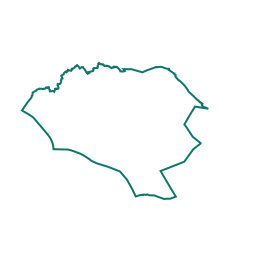 outline of Stange nor, Hedmark, Norway, rotated 325°
{"feature_id": "86288312B89753737771336", "entity_name": "Stange nor", "entity_type": "district", "adm_level": 2, "iso_a3": "NOR", "parent_name": "Norway", "parent_adm1": "Hedmark", "projection": "orthographic", "projection_center": [11.491, 60.626], "detail": "fine", "context": "isolated", "style": "outline", "palette": "teal", "viewbox_px": 256, "rotation_deg": 325, "n_neighbors": 0, "source": "geoboundaries", "source_scale": "gbopen_adm2", "svg_char_len": 5149}
<svg xmlns="http://www.w3.org/2000/svg" viewBox="0 0 256 256"><g transform="rotate(325 128 128)"><path d="M104.8,46.9L103.5,46.8L103.3,47.0L103.4,47.3L103.2,47.5L103.2,48.3L102.7,50.0L101.3,49.7L100.8,50.4L100.1,50.8L100.1,51.3L99.0,52.2L98.5,52.4L98.6,52.6L98.0,52.9L96.6,52.6L96.3,52.4L95.7,51.6L95.4,51.8L94.7,52.8L94.7,53.2L94.7,53.5L94.6,53.8L94.6,54.0L94.4,54.6L94.2,55.3L93.7,55.6L93.1,55.8L92.7,55.7L92.4,55.1L92.1,54.8L91.7,55.0L91.3,54.6L90.9,54.3L90.9,54.1L90.7,54.0L90.3,54.4L90.2,54.6L89.6,55.2L88.3,56.0L88.1,55.4L87.9,54.9L87.7,54.5L87.3,54.2L86.4,54.0L85.0,53.2L85.2,52.8L85.5,52.4L85.8,52.1L85.6,51.4L86.2,49.7L86.4,49.6L86.5,49.4L86.5,49.0L86.3,49.0L85.9,49.2L85.7,49.2L84.7,48.9L84.5,48.6L84.6,48.4L84.8,48.2L84.0,47.7L83.7,47.8L83.1,48.1L82.7,48.2L81.5,47.8L81.4,47.7L81.3,47.3L81.0,47.2L80.4,47.2L80.1,47.0L79.9,46.7L79.5,46.0L78.2,45.4L78.1,45.0L77.9,44.8L76.5,44.7L75.2,44.3L74.9,44.7L70.2,44.3L68.3,46.6L68.0,46.6L67.6,46.5L66.2,47.8L60.2,49.4L51.2,52.8L55.1,61.3L56.1,64.1L56.5,65.6L58.5,87.1L58.6,90.4L58.4,92.4L58.2,94.1L57.4,97.4L56.0,100.6L54.8,102.6L66.8,111.5L67.5,112.4L68.1,113.0L71.4,117.5L72.3,119.0L73.1,120.0L74.3,122.0L75.6,124.4L76.0,125.4L76.3,126.1L77.1,127.8L78.0,130.2L78.3,130.9L78.9,133.0L79.8,135.0L82.0,138.7L82.3,139.2L89.2,148.1L96.5,159.0L97.5,169.8L96.4,180.6L95.1,188.5L98.8,189.7L101.2,190.8L101.3,190.9L101.8,191.1L101.9,191.4L102.2,191.4L102.3,191.6L102.6,191.5L103.0,191.8L104.0,192.7L104.2,193.1L104.4,193.2L105.1,193.2L105.6,193.5L106.2,194.3L106.5,195.0L106.7,195.3L107.1,195.5L111.2,198.6L112.0,200.0L115.9,205.5L116.7,206.7L117.3,207.1L119.6,208.4L120.2,208.8L121.2,209.6L122.4,210.3L124.1,210.6L126.9,211.5L127.8,211.7L128.6,200.0L130.0,181.9L154.8,187.9L169.3,182.8L178.7,182.3L178.8,182.1L176.0,172.3L176.3,161.0L176.2,157.4L187.3,152.3L195.2,148.9L204.8,158.3L204.7,158.1L204.4,157.7L204.0,157.0L203.9,156.7L203.6,156.6L203.7,156.3L203.4,155.7L203.0,155.5L202.8,155.4L202.5,154.9L202.0,154.6L201.8,154.2L201.9,153.8L201.7,153.5L201.6,153.3L201.6,152.6L201.7,152.2L201.6,151.9L202.4,151.4L202.5,151.3L202.6,151.1L202.9,150.9L202.8,150.7L202.6,150.5L202.2,150.4L202.3,150.1L202.4,149.8L202.4,149.7L202.5,149.6L202.4,149.4L202.3,149.0L201.9,148.8L201.8,148.4L201.9,148.1L201.6,147.9L201.5,147.4L201.5,147.0L201.6,146.3L201.5,146.1L201.5,145.9L201.4,145.7L201.0,145.0L199.7,138.4L198.6,133.4L198.6,133.2L198.5,132.6L198.6,132.2L198.6,131.9L198.6,131.7L198.8,131.5L198.7,126.6L198.7,125.9L197.5,119.1L197.3,118.8L197.1,118.6L197.2,118.3L196.8,117.6L196.7,117.2L196.7,116.9L196.8,116.5L196.6,116.2L196.5,115.7L196.6,115.4L196.5,114.9L196.6,114.5L196.5,114.4L196.5,114.2L196.6,113.7L196.4,113.5L196.5,113.3L196.4,113.2L196.5,112.9L196.6,112.6L197.1,112.1L197.3,111.9L197.2,111.8L197.0,111.0L196.8,110.5L196.8,110.1L196.7,109.9L197.0,109.8L196.9,109.7L196.8,109.4L196.7,109.2L196.7,108.9L196.6,108.6L195.3,105.4L195.3,105.0L195.1,104.6L195.1,104.4L194.7,103.8L194.9,103.6L195.3,103.6L195.4,103.3L195.5,103.1L194.5,102.4L192.6,100.2L190.9,97.6L190.1,96.8L186.8,94.9L186.5,94.8L186.5,94.6L185.7,94.0L185.2,94.0L178.3,92.1L174.3,91.1L171.8,90.7L166.0,83.6L164.3,81.6L161.9,80.0L158.1,77.2L158.2,78.4L158.2,79.0L158.2,79.4L158.2,79.5L157.4,79.4L157.2,79.1L156.9,78.9L156.2,78.9L155.7,78.5L155.6,78.2L154.9,77.7L154.4,77.4L154.2,77.2L154.4,76.8L154.6,76.6L154.5,76.2L154.5,75.7L154.5,75.2L154.4,75.0L154.5,74.5L154.5,74.2L154.4,73.9L154.4,73.7L154.2,73.2L154.2,72.5L154.0,72.3L154.0,71.8L153.6,71.2L153.4,71.1L153.0,71.1L152.9,71.0L152.9,70.9L152.5,70.8L152.3,70.6L152.3,70.3L152.2,70.2L151.9,69.9L151.8,70.1L151.6,70.4L151.1,70.0L151.0,69.6L150.7,69.6L150.2,69.9L149.9,69.5L149.6,69.4L149.3,69.5L149.2,69.5L149.2,69.3L149.2,69.2L148.9,69.1L148.7,69.1L148.4,68.7L148.3,68.4L148.2,68.2L148.2,67.9L148.1,67.5L148.1,67.0L148.0,66.9L147.7,66.7L147.7,66.4L147.6,66.2L147.2,65.8L146.8,65.3L146.5,65.3L146.1,65.1L146.1,64.7L145.9,64.4L145.5,64.4L145.4,64.3L145.1,64.1L144.3,63.8L144.3,63.7L144.2,63.5L144.2,63.3L144.2,62.9L144.0,62.5L144.1,62.4L144.3,62.4L144.3,62.0L143.9,62.0L143.9,61.8L143.5,61.4L143.3,60.8L143.1,60.6L142.7,60.6L142.6,60.4L142.3,60.3L142.1,60.2L142.0,59.8L142.0,59.5L141.9,59.1L141.7,58.9L141.6,58.6L141.5,58.4L141.5,58.0L140.9,58.1L141.0,58.5L141.0,58.8L140.6,58.8L140.2,58.9L139.8,59.2L138.7,59.7L138.6,59.8L138.6,60.2L138.2,60.7L137.4,61.3L135.0,59.8L134.6,59.4L134.3,59.3L133.5,59.5L133.2,59.8L133.1,60.1L133.1,60.7L132.0,61.3L127.8,59.6L127.9,60.3L127.9,60.7L126.1,60.5L126.0,58.6L125.9,58.6L125.9,58.4L125.8,57.9L126.1,57.1L126.1,56.5L126.0,56.2L126.2,55.7L126.2,54.9L125.9,53.7L125.9,52.9L126.0,52.3L125.7,52.2L125.2,51.6L124.2,51.5L123.0,51.7L122.6,51.6L122.8,49.9L122.4,47.3L122.1,47.2L121.8,47.3L121.6,47.5L121.3,47.7L120.9,47.8L120.3,47.3L120.1,47.4L119.7,47.4L119.5,47.7L119.1,47.9L118.4,47.8L117.9,48.0L116.6,47.6L116.5,47.4L115.9,47.2L115.8,47.3L115.7,47.6L115.6,48.1L115.0,48.0L114.7,48.4L114.4,48.6L112.7,47.0L112.5,46.6L112.3,46.1L112.2,46.0L111.9,46.4L111.8,46.8L111.1,46.5L111.1,46.8L109.5,47.0L109.5,46.8L109.4,46.5L109.4,46.4L109.5,46.1L109.8,46.0L109.4,46.0L107.0,46.3L106.4,46.7L106.0,47.2L104.8,46.9Z" fill="none" stroke="#0f766e" stroke-width="2"/></g></svg>